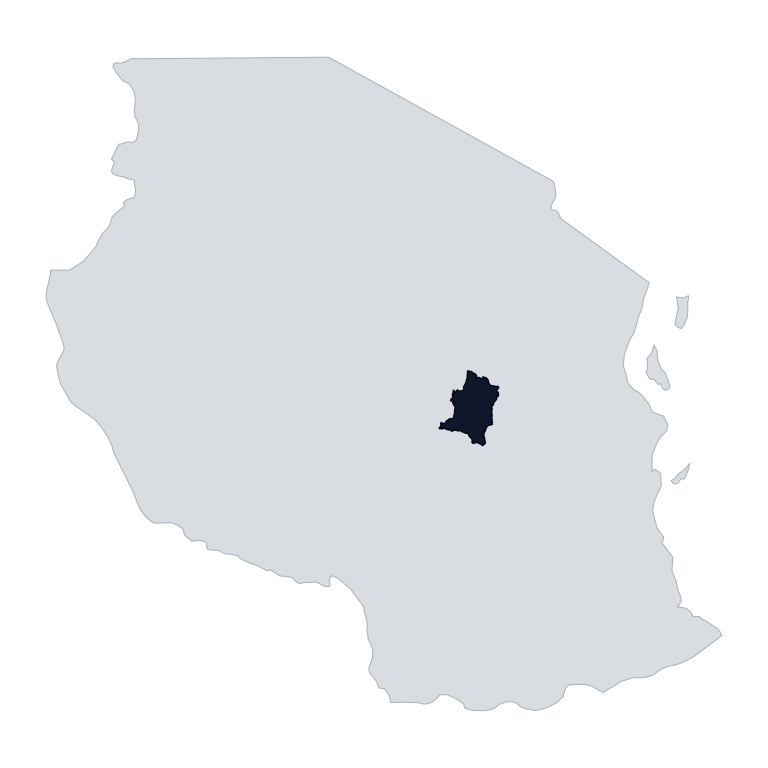 Mpwapwa, Dodoma, United Republic of Tanzania shown in context
{"feature_id": "72390352B74757309381442", "entity_name": "Mpwapwa", "entity_type": "district", "adm_level": 2, "iso_a3": "TZA", "parent_name": "United Republic of Tanzania", "parent_adm1": "Dodoma", "projection": "albers", "projection_center": [36.387, -6.763], "detail": "fine", "context": "in_parent", "style": "filled", "palette": "ink", "viewbox_px": 768, "rotation_deg": 0, "n_neighbors": 0, "source": "geoboundaries", "source_scale": "gbopen_adm2", "svg_char_len": 9149}
<svg xmlns="http://www.w3.org/2000/svg" viewBox="0 0 768 768"><path d="M267.1,570.7L257.2,565.6L248.3,562.5L240.9,559.0L237.6,555.6L230.8,554.3L224.8,553.8L219.3,550.7L208.0,549.6L206.7,547.5L206.4,542.8L204.5,541.6L200.4,540.4L195.9,540.5L193.2,541.2L191.6,540.9L187.9,538.1L184.5,534.7L183.1,529.0L177.9,525.5L171.9,522.7L155.3,523.1L152.7,522.3L148.8,519.5L144.1,514.8L140.3,509.5L137.0,502.2L133.5,492.4L114.0,453.3L112.0,445.8L108.1,437.6L101.9,427.6L95.4,420.1L86.5,413.4L76.5,406.8L71.0,402.2L60.5,383.9L58.3,375.2L56.6,366.3L57.2,362.6L63.5,351.0L64.1,347.7L63.2,343.3L59.9,334.1L55.8,323.0L47.3,302.7L46.1,297.6L46.2,293.7L50.6,273.0L50.5,270.1L69.7,270.2L83.6,261.0L95.6,247.2L98.0,241.6L102.9,232.8L107.7,228.4L109.5,225.4L112.2,216.7L118.5,210.8L124.7,206.2L123.4,203.0L124.3,201.8L127.7,199.5L134.3,197.3L135.5,192.8L135.5,187.6L134.4,184.8L134.5,181.5L133.5,179.6L129.1,179.2L122.7,176.7L117.2,175.7L113.6,174.3L112.2,173.1L111.6,170.1L114.5,162.1L111.5,159.0L118.0,145.7L119.2,144.1L121.6,143.9L125.5,142.5L129.0,141.8L132.0,142.3L134.1,141.7L136.0,140.2L137.6,135.7L138.8,128.3L138.0,122.2L135.2,117.6L134.3,110.5L135.5,100.9L134.5,93.0L131.3,86.7L128.1,82.9L123.2,81.2L115.5,71.6L113.1,66.9L113.5,64.0L116.1,62.7L121.0,63.1L125.5,61.9L129.7,59.2L133.9,58.4L136.0,58.8L328.6,57.2L553.3,181.4L554.2,182.9L555.9,193.7L555.6,197.3L552.1,203.5L551.1,206.7L551.0,209.0L551.9,209.9L554.8,210.2L557.3,211.7L558.2,212.8L560.1,217.5L562.5,219.8L647.3,281.4L649.2,282.4L647.9,287.5L643.1,299.9L642.8,305.1L640.9,311.2L639.0,315.3L634.1,332.8L630.0,339.3L624.3,354.7L623.3,366.4L626.4,374.7L627.5,382.4L634.0,390.0L639.2,392.7L642.7,396.2L648.9,404.1L652.4,412.1L663.6,416.1L668.0,425.0L666.4,431.1L661.1,436.1L656.2,444.3L652.2,455.1L652.0,471.5L654.7,469.1L660.6,473.1L661.3,485.3L655.1,499.4L653.2,506.0L652.8,511.6L657.2,528.6L663.8,537.2L663.3,539.9L661.5,542.2L672.9,557.5L671.9,570.7L676.1,581.1L677.9,590.0L680.7,596.9L681.2,601.6L677.6,606.9L686.0,608.2L690.9,612.5L693.2,616.7L699.2,616.5L702.4,619.4L707.1,621.7L717.5,628.7L720.3,632.2L721.9,635.5L693.2,657.0L682.8,662.5L675.4,665.0L667.5,666.4L660.0,669.8L652.9,675.1L643.8,677.8L632.8,677.7L621.2,681.4L602.9,692.6L592.3,686.3L584.0,684.3L574.4,684.5L568.6,685.2L566.5,686.6L564.7,690.4L563.1,696.6L556.8,702.6L545.8,708.3L535.6,710.5L526.4,709.0L520.1,706.6L516.8,703.2L512.0,701.7L505.6,701.9L499.5,704.3L493.6,708.8L484.3,710.8L471.5,710.2L464.7,708.0L463.7,704.2L458.1,699.9L447.8,694.8L440.3,694.7L435.4,699.6L431.0,702.6L427.0,703.9L423.4,704.0L418.2,702.7L404.0,702.2L390.6,702.5L389.3,695.5L386.5,691.2L384.0,688.7L379.4,688.1L378.1,686.1L376.6,681.8L374.3,678.1L371.2,675.1L369.4,672.2L368.8,669.6L369.2,666.7L372.0,659.6L372.9,654.7L372.6,649.6L371.0,644.5L367.8,638.4L368.2,636.6L367.1,632.4L366.9,629.5L367.5,625.8L366.9,621.0L364.1,610.8L364.1,608.2L361.2,603.2L352.2,591.5L351.8,590.0L337.7,578.2L332.1,575.7L330.1,577.9L329.3,580.0L329.9,583.8L329.6,585.6L329.0,586.5L325.7,586.4L323.6,586.0L318.3,582.8L314.1,582.1L303.9,582.7L300.3,583.5L297.5,582.8L292.0,577.4L285.6,576.3L279.9,576.0L270.4,569.9L267.1,570.7ZM665.4,373.0L669.9,386.1L669.3,388.5L666.0,390.0L664.3,390.1L662.3,388.0L660.9,383.6L658.4,384.6L654.1,379.4L649.9,379.1L646.3,372.8L647.7,367.3L647.0,358.0L651.5,353.3L654.1,345.3L657.0,350.8L657.6,359.3L661.5,369.4L665.4,373.0ZM688.3,295.7L688.6,298.8L687.7,301.7L687.8,310.9L687.4,317.0L683.9,325.5L681.0,328.5L678.5,327.6L676.4,326.2L674.8,323.8L678.2,308.3L676.6,296.9L683.2,298.0L688.3,295.7ZM677.7,483.3L674.4,484.1L673.1,483.3L671.1,480.7L674.6,478.6L678.0,474.4L685.9,468.3L689.7,463.3L689.0,468.1L684.5,478.7L680.7,479.3L677.7,483.3Z" fill="#d9dde1" stroke="#a8b0b8" stroke-width="1"/><path d="M441.2,422.7L441.0,422.9L440.8,423.5L440.8,423.8L440.9,424.4L440.8,426.0L439.9,427.1L439.5,428.0L439.3,428.2L439.4,428.3L439.4,428.5L439.6,428.5L439.7,428.3L440.0,428.4L440.5,428.2L440.5,428.3L440.4,428.5L440.5,428.6L440.7,428.4L440.8,428.4L441.0,428.6L441.5,428.6L441.7,428.3L441.8,428.2L441.9,428.3L441.7,428.6L441.8,428.7L442.0,428.6L442.3,428.8L442.5,428.6L442.9,428.5L443.3,428.3L443.8,428.0L444.2,428.4L444.8,428.2L445.1,428.5L445.6,428.6L446.5,429.5L446.9,429.5L447.5,429.2L448.4,429.8L450.3,430.0L450.6,430.1L450.9,430.6L451.3,430.8L451.7,431.1L452.2,431.1L453.5,430.5L454.9,430.2L456.0,430.1L457.0,430.5L457.4,430.9L457.8,430.7L458.7,430.4L459.1,430.7L459.5,430.7L459.8,430.5L460.2,430.7L461.2,431.0L461.7,431.0L461.8,431.1L461.7,431.4L461.8,431.5L462.0,431.7L462.3,431.7L462.6,432.0L463.1,432.2L463.4,432.2L463.9,431.9L464.5,431.8L464.7,432.2L464.9,432.4L465.0,432.9L465.1,433.1L465.9,433.3L466.9,433.2L467.7,433.5L468.0,433.5L468.6,434.5L468.7,435.0L468.9,435.5L469.1,435.8L469.4,436.0L469.5,436.2L469.6,436.5L469.8,437.0L470.2,437.2L470.4,437.5L471.0,437.6L471.2,437.9L471.2,438.2L471.2,438.3L471.7,438.7L471.8,439.0L472.5,440.2L472.4,440.9L472.4,441.0L472.0,441.3L472.3,441.7L472.4,441.8L472.3,442.0L472.2,442.0L472.1,442.4L472.2,442.6L472.5,442.9L472.7,443.0L473.0,443.3L473.4,443.4L473.7,443.0L473.9,443.0L474.2,443.1L474.4,443.0L475.0,442.9L475.8,442.4L476.2,442.5L476.9,442.0L477.0,442.1L477.1,442.5L477.8,442.8L478.6,443.0L478.9,443.1L479.1,443.5L479.3,443.6L480.3,443.6L480.5,444.1L481.3,444.2L481.7,444.8L482.0,445.0L482.2,445.7L482.1,445.9L483.0,445.2L484.0,444.6L484.5,444.0L484.7,443.6L485.1,443.4L485.3,443.2L485.3,442.8L485.3,442.6L485.1,442.4L485.0,441.6L485.0,440.2L484.8,439.7L484.6,439.7L484.4,439.4L484.3,439.2L484.4,438.9L484.4,438.6L484.4,438.3L484.3,438.1L484.3,437.7L484.2,437.7L483.9,437.5L484.0,437.4L483.9,437.4L483.9,437.2L483.8,436.9L483.7,436.8L483.8,436.7L483.7,436.5L483.7,436.4L483.8,436.0L483.7,435.8L483.7,435.7L483.6,435.3L483.6,435.1L483.6,434.9L483.6,434.7L483.7,434.2L483.8,433.9L483.7,433.7L483.8,433.6L484.0,433.7L484.0,433.3L483.9,433.3L483.9,433.2L484.1,432.4L484.4,432.3L484.6,431.7L484.8,431.5L484.8,431.2L485.0,431.1L485.2,430.9L485.3,430.9L485.4,430.7L485.3,430.4L485.4,430.2L485.5,430.0L485.5,429.6L485.6,429.4L485.8,429.0L485.9,428.9L486.0,428.5L486.1,428.4L486.0,428.2L486.6,427.3L486.6,427.1L486.8,426.8L487.1,426.6L487.2,426.4L487.2,426.1L487.4,426.0L489.0,425.3L490.3,425.0L491.4,424.7L492.2,424.4L492.1,424.2L492.1,423.9L492.0,423.6L492.1,423.2L492.3,422.8L492.4,422.3L492.3,421.9L492.1,421.9L492.1,421.7L492.1,421.4L492.0,420.9L492.0,420.3L492.1,420.2L492.2,419.8L492.0,419.4L492.0,419.2L491.8,419.2L491.8,418.9L491.7,418.5L491.7,418.4L491.5,418.1L491.6,417.9L491.6,417.6L491.6,417.4L491.6,417.2L491.8,417.0L492.0,416.8L491.9,416.2L492.1,415.9L491.8,415.3L491.9,415.0L492.0,414.9L491.9,414.6L491.9,414.4L491.7,414.2L491.8,414.1L491.7,414.0L491.7,413.8L491.5,413.7L491.8,413.2L491.9,412.6L491.5,410.8L491.6,410.4L491.8,410.2L491.7,410.1L491.8,410.1L491.8,409.9L492.0,409.8L492.0,409.7L491.9,409.4L492.1,409.3L492.1,409.1L491.9,409.0L492.1,408.6L492.0,408.3L491.8,408.4L491.6,408.2L491.6,407.9L491.3,407.7L491.2,406.9L491.4,406.9L491.8,406.7L491.8,406.4L491.9,406.1L492.4,405.8L492.5,405.5L492.7,405.4L492.8,405.2L493.2,404.9L493.4,404.3L493.6,404.0L493.6,403.3L493.5,402.9L493.7,402.6L495.4,400.7L496.0,399.9L496.4,399.2L496.6,398.7L496.5,398.4L496.5,398.1L497.1,396.6L497.5,396.4L498.1,396.2L498.4,395.8L498.3,395.4L498.4,394.5L498.4,393.5L498.2,393.2L498.1,392.2L497.6,392.2L497.0,392.1L496.7,391.8L496.8,390.9L497.0,389.8L498.4,388.2L498.1,388.1L498.3,387.8L498.2,387.5L498.4,387.0L498.3,386.6L497.7,386.5L496.5,386.5L496.3,386.5L495.2,386.5L494.6,386.3L494.5,386.2L494.1,386.0L493.7,386.0L493.2,385.8L492.1,385.6L491.4,385.8L490.8,385.6L490.5,385.4L490.0,384.8L489.0,383.5L488.7,382.8L488.5,381.4L488.2,380.6L487.5,379.2L487.3,379.1L487.1,378.8L486.9,378.7L486.5,378.2L486.2,378.1L486.0,377.7L485.4,377.7L484.4,377.5L483.6,377.2L483.3,376.9L483.0,377.0L483.1,377.4L483.1,378.0L482.9,378.2L482.5,378.3L481.2,378.3L480.7,378.4L480.3,378.5L479.5,378.0L479.1,377.5L477.9,377.6L477.0,377.5L476.4,377.5L476.3,377.3L476.3,376.7L476.5,376.0L476.3,375.4L476.1,375.0L475.5,374.5L474.8,373.6L473.0,373.1L472.1,372.1L471.6,371.7L471.1,371.7L470.7,371.5L469.5,371.2L468.5,371.1L468.1,370.9L467.8,371.3L467.4,371.7L467.7,372.5L467.7,373.0L467.3,374.6L467.2,376.2L467.1,376.3L467.9,377.5L466.7,378.8L466.7,379.6L466.2,381.7L465.7,382.8L464.8,385.1L464.3,385.6L463.6,386.7L463.6,387.0L463.8,387.5L463.8,388.1L463.7,389.7L463.6,389.9L463.4,390.1L462.4,390.4L461.8,390.9L461.6,391.0L459.7,391.1L458.0,390.3L457.4,389.9L455.4,392.2L455.0,392.1L454.7,391.8L454.4,391.3L454.0,390.4L453.3,390.6L453.2,390.8L453.2,391.3L453.2,391.7L453.2,392.6L452.9,393.1L452.6,394.5L452.3,394.9L452.4,395.1L452.6,395.6L452.7,395.9L452.6,397.8L452.4,398.1L451.8,398.6L451.1,399.3L450.8,399.7L450.6,400.4L450.6,400.7L451.2,400.7L452.1,400.8L452.4,401.3L452.9,403.1L453.4,404.0L453.7,405.1L454.5,405.5L455.0,405.8L455.1,406.0L455.1,407.6L454.8,409.1L454.9,409.7L454.6,410.8L454.5,413.7L453.8,416.2L453.8,416.6L453.2,418.0L453.1,418.5L452.8,419.0L452.5,419.2L451.1,418.7L450.4,418.6L450.0,418.7L449.0,419.2L448.4,419.6L448.1,420.0L447.5,420.4L446.5,420.8L446.2,421.4L445.9,423.1L445.4,423.2L444.7,423.3L444.0,423.2L442.3,423.4L441.4,423.2L441.3,422.9L441.2,422.7Z" fill="#0f172a" stroke="#020617" stroke-width="1.5"/></svg>